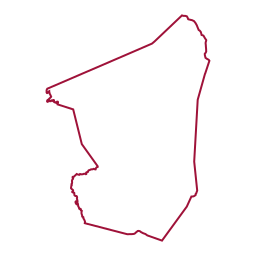 the district of El Paraiso, Copán, Honduras
{"feature_id": "27666195B24019943465841", "entity_name": "El Paraiso", "entity_type": "district", "adm_level": 2, "iso_a3": "HND", "parent_name": "Honduras", "parent_adm1": "Copán", "projection": "robinson", "projection_center": [-89.052, 15.058], "detail": "fine", "context": "isolated", "style": "outline", "palette": "rose", "viewbox_px": 256, "rotation_deg": 0, "n_neighbors": 0, "source": "geoboundaries", "source_scale": "gbopen_adm2", "svg_char_len": 4865}
<svg xmlns="http://www.w3.org/2000/svg" viewBox="0 0 256 256"><path d="M84.8,223.2L127.2,234.2L128.7,234.2L129.5,234.1L130.3,234.1L131.1,234.1L132.0,234.1L133.2,234.0L134.2,233.8L135.1,233.3L136.2,232.2L137.0,231.6L137.7,231.0L138.5,230.9L139.6,231.1L140.3,231.5L141.0,232.1L142.0,232.6L142.9,233.1L144.5,233.7L145.4,234.0L147.3,235.4L162.0,240.6L186.8,206.6L191.4,196.5L192.3,196.5L193.3,196.4L193.6,196.3L193.9,196.2L194.7,195.7L195.3,195.3L195.5,195.2L195.7,193.9L195.9,193.7L196.1,193.6L196.2,193.4L196.7,191.9L197.2,190.6L194.2,161.6L197.7,99.8L205.0,73.8L205.2,73.5L209.4,60.8L208.7,59.8L207.6,59.2L206.7,58.7L205.5,57.8L204.8,54.9L204.8,53.7L205.7,52.7L206.2,51.5L206.1,49.0L205.9,46.7L205.8,45.0L205.6,43.4L205.7,42.2L206.2,40.6L206.2,40.0L205.0,38.3L203.5,35.7L202.8,35.3L201.6,35.0L201.2,33.3L200.7,31.8L199.7,30.6L198.7,30.0L197.7,27.6L196.8,25.3L195.5,23.0L194.0,21.1L191.9,20.1L190.7,19.9L189.7,19.6L188.7,19.4L188.2,19.2L187.5,17.4L186.8,16.3L185.4,15.9L183.7,15.9L183.3,15.8L182.6,15.7L182.0,15.4L154.5,41.5L152.0,43.6L127.5,54.2L47.3,88.7L47.1,89.1L46.9,89.5L46.7,89.9L46.6,90.2L46.6,90.5L46.6,91.3L46.6,92.0L46.6,92.5L46.8,92.8L46.9,93.0L47.1,93.1L47.4,93.0L47.6,92.9L47.9,92.7L48.0,92.5L48.2,92.1L48.4,91.9L48.7,91.6L49.0,91.3L49.2,91.2L49.2,91.3L49.7,93.7L49.8,93.9L50.2,94.6L50.6,95.4L50.9,96.1L51.0,96.7L51.1,96.8L51.0,97.0L50.8,97.2L50.1,97.9L49.1,98.8L49.0,99.0L48.9,99.1L48.9,99.5L48.8,99.8L48.7,99.9L48.6,100.0L48.4,100.0L48.1,99.8L47.9,99.8L47.7,99.9L47.5,100.1L47.3,100.5L47.1,100.9L47.1,101.2L47.1,101.5L47.4,101.7L47.5,101.8L48.3,101.5L48.8,101.3L49.0,101.2L49.4,100.9L49.7,100.8L49.9,100.8L50.0,100.8L50.2,101.1L50.3,101.2L50.5,101.2L50.8,101.2L51.0,101.0L51.1,100.7L51.3,100.5L51.5,100.4L51.9,100.5L52.2,100.7L52.3,100.8L52.4,100.7L52.6,100.7L52.8,100.2L53.0,100.1L53.4,100.0L53.6,100.0L53.8,100.1L54.0,100.3L54.0,100.5L54.0,100.8L53.9,101.1L53.8,101.3L53.9,101.6L54.0,101.9L54.2,102.0L54.4,102.2L54.6,102.3L54.9,102.4L55.2,102.4L55.4,102.3L55.5,102.2L55.8,102.2L55.9,102.3L56.0,102.4L56.0,102.5L56.0,102.8L56.4,103.0L56.6,102.9L56.8,102.8L56.9,102.7L57.0,102.5L56.9,102.2L56.9,101.9L57.0,101.7L57.5,101.6L57.8,101.7L57.9,101.9L58.0,102.1L58.0,102.6L57.9,103.0L57.8,103.4L57.7,103.9L57.6,104.4L73.2,109.4L81.8,144.1L97.7,166.3L97.6,167.0L97.1,167.1L96.7,167.3L96.4,167.6L96.0,168.1L95.8,168.4L95.7,168.6L95.7,168.8L95.7,169.2L95.6,169.4L95.4,169.4L94.9,169.3L94.5,169.2L94.0,168.9L93.8,168.9L93.6,168.9L93.4,168.9L92.9,169.2L92.5,169.3L91.9,169.4L91.3,169.3L91.0,169.4L90.7,169.5L90.0,169.9L89.5,170.1L89.2,170.2L88.7,170.3L88.5,170.5L88.4,170.6L88.1,171.3L88.0,171.8L87.9,171.9L87.8,172.0L87.4,172.0L87.0,172.1L86.4,172.4L86.2,172.6L86.1,172.9L86.4,173.2L86.4,173.3L86.4,173.7L86.3,174.0L86.2,174.1L85.8,174.2L85.7,174.1L85.5,173.9L85.4,173.8L85.2,173.8L84.9,173.8L84.3,173.8L84.0,173.8L83.6,173.9L82.9,174.2L82.1,174.3L81.2,174.3L80.9,174.2L80.4,174.1L80.0,174.0L79.9,174.1L79.7,174.3L79.7,174.6L79.5,174.8L79.4,174.8L79.0,174.8L78.0,174.5L77.5,174.4L76.9,174.1L76.7,174.0L75.9,174.8L73.9,176.6L73.5,177.1L73.4,177.2L73.3,177.3L73.2,177.2L73.1,176.9L72.9,176.8L72.7,176.9L72.7,177.0L72.6,177.3L72.6,177.6L72.6,177.8L72.7,178.0L73.0,178.1L73.1,178.3L73.1,178.5L73.0,178.9L72.6,179.3L72.4,179.6L72.2,180.0L72.0,180.6L72.0,180.9L72.0,181.2L72.0,181.4L72.1,182.0L72.1,182.3L72.1,182.6L72.0,183.3L71.9,183.5L71.6,183.8L71.6,184.0L71.5,184.3L71.8,184.8L71.8,185.0L71.7,185.3L71.4,185.5L71.1,187.4L71.0,188.0L71.1,188.4L71.8,189.1L72.3,189.5L72.8,189.9L73.0,190.1L73.1,190.3L73.1,190.6L73.0,190.8L73.0,191.1L72.9,191.4L72.8,191.6L72.7,191.7L72.3,191.7L72.2,191.8L72.2,192.0L72.3,192.1L73.2,192.6L73.7,192.7L74.1,192.7L74.2,192.8L74.3,193.0L74.3,193.7L74.4,195.0L74.5,195.3L75.1,195.8L75.5,196.0L75.8,196.1L76.3,196.0L76.5,196.1L76.8,196.3L76.9,196.5L77.0,197.0L77.1,197.5L77.1,197.9L76.9,198.5L76.9,198.8L77.0,199.2L77.3,199.9L77.4,200.5L77.5,201.2L77.5,201.7L77.4,201.8L77.2,202.0L77.0,201.9L76.9,201.8L76.8,201.5L76.6,201.3L76.5,201.2L76.4,201.2L76.1,201.2L75.8,201.5L75.6,201.7L75.5,201.9L75.5,202.0L75.6,202.7L75.8,203.2L76.1,203.7L76.4,204.1L76.6,204.3L76.9,204.3L77.0,204.3L77.1,204.2L77.2,203.9L77.1,203.6L77.2,203.4L77.3,203.2L77.5,203.2L77.7,203.3L77.8,203.4L77.8,203.7L78.0,204.4L78.1,205.3L78.2,206.0L78.3,206.5L78.6,206.9L78.9,207.4L79.0,207.7L79.1,208.4L79.2,208.7L79.4,208.9L79.6,209.0L79.8,209.0L80.1,208.9L80.3,208.8L80.5,208.8L80.7,209.0L80.8,209.2L80.9,209.4L80.9,209.6L80.8,209.9L80.8,210.1L80.8,210.3L81.0,210.5L81.3,210.7L81.6,210.7L81.8,210.8L81.8,211.0L81.6,211.7L81.5,212.1L81.5,212.7L81.5,213.4L81.6,213.8L81.7,214.1L82.0,215.0L82.1,215.4L82.2,215.7L82.2,216.2L82.2,216.5L82.3,216.7L82.5,216.8L82.9,216.9L83.1,217.0L83.3,217.1L83.4,217.3L83.4,217.5L83.3,218.0L83.5,218.6L83.8,219.0L84.1,219.4L84.8,221.1L84.9,221.4L85.0,221.7L85.0,222.1L84.9,222.4L84.8,223.2Z" fill="none" stroke="#9f1239" stroke-width="2"/></svg>